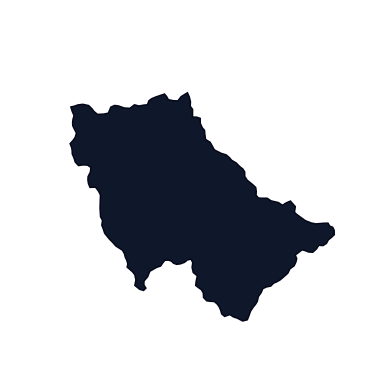 outline of Tombos, Minas Gerais, Brazil, rotated 237°
{"feature_id": "56859067B96158848601307", "entity_name": "Tombos", "entity_type": "district", "adm_level": 2, "iso_a3": "BRA", "parent_name": "Brazil", "parent_adm1": "Minas Gerais", "projection": "albers", "projection_center": [-42.069, -20.891], "detail": "fine", "context": "isolated", "style": "filled", "palette": "ink", "viewbox_px": 384, "rotation_deg": 237, "n_neighbors": 0, "source": "geoboundaries", "source_scale": "gbopen_adm2", "svg_char_len": 2585}
<svg xmlns="http://www.w3.org/2000/svg" viewBox="0 0 384 384"><g transform="rotate(237 192 192)"><path d="M91.8,289.1L94.1,285.4L96.3,281.3L97.8,278.5L101.0,275.2L106.3,271.4L116.2,267.6L119.2,266.9L123.5,270.7L130.8,269.6L131.6,264.8L131.6,260.6L136.1,258.7L141.6,253.4L145.8,251.7L148.6,247.4L150.8,244.4L154.5,244.0L157.6,246.3L161.2,247.9L165.2,246.9L168.6,245.8L171.9,244.7L176.3,244.7L180.1,247.1L183.5,247.2L187.6,245.8L192.2,244.9L197.0,242.5L200.4,242.1L204.5,240.9L208.7,237.4L215.1,233.7L223.8,234.3L228.7,232.0L233.6,234.3L236.9,236.1L240.2,235.6L245.0,236.3L249.3,239.0L252.2,236.7L254.6,233.3L261.0,237.5L264.8,237.2L268.6,239.9L273.2,241.5L277.7,242.2L277.9,234.9L276.1,229.7L278.8,226.0L282.3,222.4L285.9,222.7L289.1,222.3L290.0,218.9L291.4,213.4L292.2,209.1L292.0,205.6L289.4,202.1L291.0,199.2L293.0,194.4L296.5,191.2L296.0,185.5L299.3,181.0L304.2,177.2L306.7,174.3L307.4,170.2L303.7,164.8L305.4,160.4L308.6,155.0L313.1,153.6L316.3,153.4L320.8,152.4L325.0,148.2L327.2,143.7L328.0,140.2L329.3,136.7L325.0,135.5L320.3,134.7L317.8,131.8L315.3,129.7L312.5,128.1L308.8,127.6L304.4,127.2L301.5,123.9L300.1,120.6L298.9,116.1L294.9,115.3L291.9,114.0L289.1,112.3L284.8,111.6L280.7,110.4L276.0,111.2L274.1,115.3L271.5,119.0L267.7,120.6L264.1,117.7L261.5,113.2L258.7,111.2L255.3,109.7L251.4,109.0L248.6,113.7L243.6,114.1L239.4,113.6L236.2,111.4L232.1,108.5L228.1,105.8L224.7,103.9L221.0,101.8L217.0,101.5L213.3,98.3L209.1,97.4L204.9,96.3L201.0,96.7L197.4,97.1L192.7,98.1L188.0,98.8L184.8,100.3L181.0,102.0L176.9,101.7L173.8,100.6L170.1,100.1L166.6,99.0L164.3,96.7L160.7,97.8L157.2,98.7L153.8,99.0L148.8,97.1L144.8,93.2L138.9,95.1L135.8,97.8L136.5,101.0L140.3,101.0L143.5,103.3L145.1,108.7L148.5,113.4L148.3,116.8L148.1,121.2L147.0,125.4L148.5,128.8L149.5,132.1L147.8,135.0L145.4,137.0L142.4,137.7L139.7,139.7L138.1,143.0L137.1,147.4L137.5,151.1L136.3,154.6L132.4,154.2L128.7,151.0L123.8,149.2L118.8,150.8L114.7,146.7L111.6,144.2L108.4,145.3L105.0,146.7L101.2,146.5L97.2,144.2L92.7,145.1L90.0,148.3L88.1,151.0L84.5,152.1L81.0,152.3L77.4,151.7L73.6,150.5L69.9,151.6L68.6,157.0L64.7,158.7L61.6,161.2L56.2,164.3L54.7,168.8L57.5,172.7L60.1,176.1L62.1,180.6L63.2,184.1L64.8,187.3L68.1,190.6L70.0,195.3L72.4,198.7L71.8,202.8L70.2,206.8L71.1,210.7L70.5,214.1L70.3,218.1L71.0,223.4L71.7,228.1L74.2,232.2L74.5,237.5L76.7,241.0L79.2,243.6L82.9,244.2L83.2,248.4L83.6,252.8L81.2,255.0L78.3,257.0L75.7,260.4L76.5,265.5L78.3,269.2L75.7,272.7L75.7,276.8L77.6,280.2L78.0,284.4L78.7,288.1L82.5,290.4L85.8,290.8L88.4,288.9L91.8,289.1Z" fill="#0f172a" stroke="#020617" stroke-width="1.5"/></g></svg>